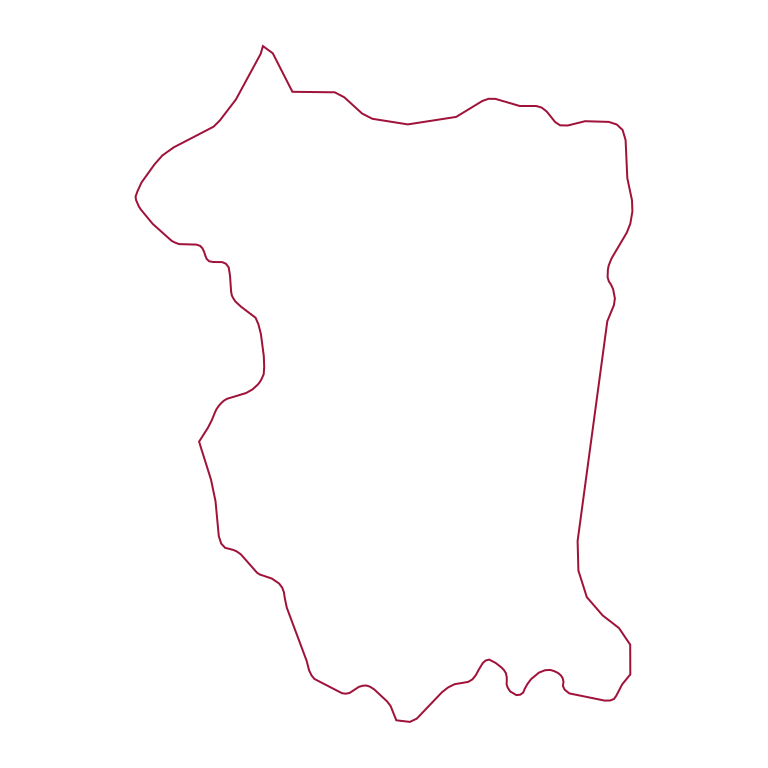 an SVG outline of Pordenone
{"feature_id": "ITA-5456", "entity_name": "Pordenone", "entity_type": "Province", "adm_level": 1, "iso_a3": "ITA", "parent_name": "Italy", "parent_adm1": "", "projection": "albers", "projection_center": [12.662, 46.102], "detail": "fine", "context": "isolated", "style": "outline", "palette": "rose", "viewbox_px": 768, "rotation_deg": 0, "n_neighbors": 0, "source": "natural_earth", "source_scale": "10m", "svg_char_len": 2241}
<svg xmlns="http://www.w3.org/2000/svg" viewBox="0 0 768 768"><path d="M262.9,46.1L272.8,53.3L292.4,91.8L334.7,92.3L344.3,97.3L362.2,113.6L372.4,118.8L407.8,124.4L456.2,116.9L482.3,101.0L488.5,98.8L495.5,98.9L519.7,106.0L536.3,106.0L541.7,107.6L546.7,111.5L555.2,122.1L560.1,125.3L567.7,125.5L585.1,121.2L608.8,121.9L616.8,124.5L622.6,130.0L625.6,140.1L627.3,178.1L632.0,200.3L632.4,211.5L630.3,223.7L626.8,232.6L611.6,258.3L608.7,265.5L607.9,269.7L607.6,277.3L608.9,281.5L611.0,284.6L613.1,289.1L614.9,298.5L613.9,305.2L607.3,321.2L577.6,541.0L578.4,570.6L586.8,597.1L602.6,615.4L619.0,628.1L630.2,644.7L630.3,674.4L622.1,684.5L616.3,695.7L614.0,699.0L610.1,700.5L604.7,700.6L569.3,693.4L564.7,689.7L562.9,685.9L563.5,681.9L562.7,678.2L560.8,675.3L557.9,672.9L554.1,671.1L550.1,669.9L544.8,670.3L539.0,672.6L531.0,679.2L527.3,684.2L524.7,688.9L523.2,692.6L520.2,694.7L516.4,695.1L510.1,691.4L507.6,687.4L506.6,684.2L506.8,680.8L506.7,676.8L505.8,673.0L503.9,670.0L501.4,667.4L495.6,662.9L489.2,659.6L485.7,660.5L482.8,663.0L478.5,670.1L475.9,675.1L472.4,679.4L468.2,681.9L454.6,684.2L448.3,687.3L442.1,692.1L416.8,718.6L409.9,721.9L396.3,720.3L390.6,706.0L387.0,701.3L374.1,689.3L369.8,686.6L366.2,685.5L362.4,685.8L358.8,686.9L349.7,692.9L345.8,693.7L342.0,693.2L314.5,679.0L311.6,675.5L309.1,670.4L306.7,661.0L286.8,607.7L284.8,598.2L283.9,592.2L282.2,587.7L279.1,583.5L271.7,578.5L260.0,574.6L257.1,572.8L240.8,554.3L236.5,551.3L233.2,549.9L225.1,547.8L221.2,543.6L218.8,536.2L215.5,501.2L211.0,479.6L202.1,451.3L201.7,450.2L199.1,441.6L207.9,427.8L211.9,420.0L214.9,412.5L216.6,409.0L218.8,405.8L221.2,403.1L224.0,400.6L227.0,398.8L246.1,393.0L252.5,389.4L257.9,384.5L259.9,381.9L261.5,379.2L263.7,374.2L264.2,367.0L263.8,356.2L260.9,334.0L258.4,324.3L255.6,317.8L240.9,306.6L235.5,301.6L233.5,298.7L231.8,295.4L231.1,291.5L230.0,275.6L228.7,267.4L225.9,263.7L222.1,262.1L213.2,262.0L209.2,261.3L206.7,259.0L205.3,255.6L204.1,251.8L202.5,248.4L200.2,245.9L196.4,244.6L179.0,244.1L175.1,242.6L171.7,240.9L152.7,223.9L140.9,209.6L138.9,206.6L136.0,199.9L135.6,196.5L137.5,191.2L141.5,182.5L154.4,164.5L162.4,155.4L173.8,147.3L213.7,126.6L219.9,120.4L235.9,99.5L260.7,53.8L262.9,46.1Z" fill="none" stroke="#9f1239" stroke-width="2"/></svg>